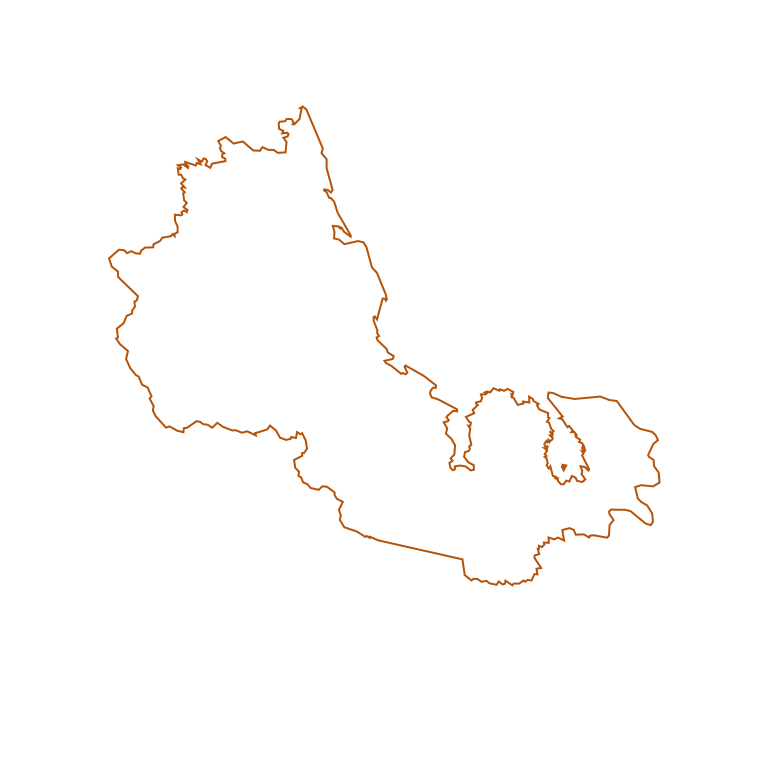 Buenaventura, Valle del Cauca, Colombia, rotated 128°
{"feature_id": "7082276B82326475607220", "entity_name": "Buenaventura", "entity_type": "district", "adm_level": 2, "iso_a3": "COL", "parent_name": "Colombia", "parent_adm1": "Valle del Cauca", "projection": "equal_earth", "projection_center": [-77.114, 3.671], "detail": "fine", "context": "isolated", "style": "outline", "palette": "amber", "viewbox_px": 768, "rotation_deg": 128, "n_neighbors": 0, "source": "geoboundaries", "source_scale": "gbopen_adm2", "svg_char_len": 6163}
<svg xmlns="http://www.w3.org/2000/svg" viewBox="0 0 768 768"><g transform="rotate(128 384 384)"><path d="M515.2,616.4L515.6,606.1L523.1,602.6L527.7,593.8L529.7,585.3L529.2,581.8L533.5,574.2L532.3,568.1L536.9,559.5L539.7,559.8L543.4,551.7L547.2,549.9L550.0,543.9L552.6,529.0L549.4,526.8L548.2,518.4L545.5,512.4L541.8,514.5L539.9,512.3L528.7,508.8L527.1,505.7L526.9,501.5L524.6,497.8L524.3,492.5L517.2,491.4L516.9,484.4L513.9,474.7L511.9,472.8L509.8,465.9L505.6,462.8L503.4,453.4L502.2,455.3L491.7,448.0L487.0,448.3L487.1,440.6L490.3,432.9L488.3,426.7L484.6,423.8L482.9,424.5L480.8,420.1L475.4,422.9L475.1,418.9L473.1,418.2L476.7,410.9L482.4,404.8L487.4,404.5L489.0,406.0L490.8,404.2L499.2,408.1L504.7,402.3L505.4,397.0L509.0,394.9L508.6,391.7L511.3,387.3L510.1,382.6L511.1,377.8L507.6,370.3L502.7,369.7L500.1,365.7L499.8,356.3L502.1,354.3L503.5,350.3L502.2,343.9L511.0,342.0L514.1,337.1L518.3,335.2L521.3,327.1L516.9,314.2L516.0,304.6L514.5,304.2L514.0,300.5L513.0,301.1L510.8,292.4L473.9,214.2L484.9,202.7L484.9,194.0L482.5,193.6L480.1,190.1L479.9,185.5L476.1,182.1L476.1,178.1L472.9,171.7L468.9,171.9L469.0,167.2L466.8,165.7L464.2,167.2L463.6,158.9L461.5,159.0L458.0,154.5L453.0,153.2L453.0,151.0L450.1,150.3L448.1,146.8L441.2,148.4L439.6,145.9L435.7,150.1L432.2,146.9L428.4,158.3L426.5,159.8L422.4,157.0L419.2,161.4L418.4,160.5L416.1,162.3L415.2,159.1L411.7,158.8L410.5,160.4L407.7,156.4L403.6,159.8L401.6,154.2L397.9,152.3L396.5,145.7L389.3,153.6L383.3,149.0L382.1,144.6L384.7,140.1L379.5,134.0L378.7,127.9L376.8,128.3L374.3,126.0L367.7,113.5L364.8,113.5L356.2,119.4L350.0,119.3L347.6,126.4L346.0,128.1L343.3,127.9L334.7,116.5L332.4,111.4L332.9,92.1L331.0,86.9L327.1,87.2L320.9,93.0L317.7,101.8L318.6,108.7L317.9,113.7L310.6,122.6L305.5,119.2L299.0,108.9L292.0,106.2L284.7,113.0L282.5,120.5L277.8,124.9L278.3,130.3L277.4,132.1L265.3,134.9L259.6,133.5L257.1,138.3L256.6,143.0L261.7,154.8L262.3,161.3L254.1,190.1L257.9,196.7L260.8,205.9L278.4,224.5L284.8,236.2L287.1,245.5L289.5,249.1L294.1,246.4L299.7,223.1L303.2,224.8L302.1,221.7L305.1,212.8L303.1,212.3L304.4,206.6L306.6,206.6L304.6,204.4L305.5,201.3L307.0,202.3L306.0,200.5L307.7,199.9L307.1,195.1L309.6,194.5L308.6,191.9L309.9,188.1L311.1,186.6L310.9,188.9L312.7,188.3L313.7,185.9L312.8,184.6L314.3,184.4L315.1,186.2L315.4,184.2L318.3,183.9L325.0,169.8L326.3,169.5L325.8,174.8L327.8,178.5L330.3,174.4L333.5,172.7L335.2,166.6L339.2,167.5L341.5,172.2L339.9,175.3L340.7,179.3L346.8,177.9L347.9,180.9L352.4,180.6L354.0,182.6L353.4,186.9L351.7,188.7L353.4,189.6L351.6,189.4L352.7,191.0L351.3,191.3L352.5,194.3L346.5,202.2L349.2,202.1L348.0,205.8L345.6,206.2L342.5,210.1L342.6,212.5L340.7,211.7L340.2,214.2L335.9,214.5L335.8,218.0L334.4,215.9L332.5,216.6L333.8,218.8L332.8,220.6L329.5,221.0L329.6,219.7L328.2,220.2L328.2,218.4L326.7,219.8L326.7,217.8L324.0,217.2L322.6,217.8L322.4,222.6L321.3,219.6L319.7,220.1L319.5,224.5L319.0,221.4L316.6,221.4L316.5,224.4L312.9,230.1L313.4,232.4L309.0,232.7L309.1,234.5L305.9,236.6L308.4,245.9L306.6,250.4L304.6,249.9L305.4,256.1L304.2,257.0L304.6,261.8L309.2,258.1L312.2,263.6L313.5,262.1L318.1,265.7L315.1,273.4L315.9,275.2L313.8,277.2L313.8,275.9L310.7,277.1L311.7,283.5L315.4,285.2L316.8,289.4L318.3,288.9L319.9,295.1L325.2,295.1L326.5,298.2L328.3,299.2L327.7,297.2L329.5,297.5L332.5,301.2L334.6,298.2L338.0,297.0L341.7,300.1L342.9,299.3L342.8,297.1L349.9,298.2L351.4,294.9L359.5,299.2L361.3,294.0L360.9,291.8L363.7,290.3L364.9,291.9L366.2,288.4L372.0,285.3L378.2,277.7L380.7,278.5L382.3,276.4L384.7,276.0L387.7,278.2L392.0,276.2L393.8,269.3L392.7,263.3L396.3,260.4L398.7,262.4L398.7,269.0L401.5,274.0L405.5,277.5L407.3,275.6L409.5,276.5L409.1,280.2L405.9,283.9L402.3,282.7L401.6,285.7L396.2,285.2L388.6,290.2L385.7,297.2L385.0,304.7L380.1,306.8L377.4,313.4L373.9,310.7L372.5,310.8L371.8,314.3L370.0,314.4L362.6,313.0L360.5,309.5L359.0,311.0L362.8,331.9L365.2,338.3L363.1,342.0L360.4,343.1L356.6,343.1L355.2,340.8L353.1,342.1L353.1,357.7L356.2,378.5L357.6,378.5L360.8,372.5L363.1,373.1L364.0,376.2L365.4,376.8L365.2,389.3L366.3,395.3L365.4,397.9L358.9,392.5L356.1,393.4L356.8,400.6L354.8,403.1L353.6,415.8L351.9,418.5L349.2,417.4L348.0,420.9L345.9,422.1L340.8,430.7L337.8,433.4L336.4,432.9L337.5,429.2L317.5,437.7L316.1,435.2L317.1,433.9L315.7,433.8L312.6,437.3L300.7,458.1L299.6,465.2L287.1,481.9L285.0,487.4L287.4,492.5L298.2,501.3L297.9,508.3L300.0,513.0L294.6,516.7L290.9,521.6L287.7,516.6L288.2,515.9L288.4,513.2L287.9,515.7L286.9,513.8L288.6,509.4L288.5,501.0L287.4,501.7L277.6,526.0L271.0,535.5L270.2,540.5L271.1,541.7L268.2,547.4L268.3,550.5L267.4,550.9L265.7,547.6L265.8,543.7L262.8,543.9L249.3,562.0L242.2,567.6L240.6,575.3L236.1,577.2L215.4,614.3L215.4,618.9L218.2,619.9L217.7,618.5L227.2,613.7L234.8,614.6L235.5,615.9L233.7,616.2L232.2,619.3L232.7,620.8L235.2,623.9L237.8,623.7L241.6,627.7L243.6,627.4L247.6,623.6L246.5,619.3L249.2,618.5L245.7,615.1L245.8,613.1L248.4,612.4L251.9,614.9L253.3,609.8L262.1,604.2L267.2,609.9L267.4,614.8L270.7,619.4L272.2,625.6L276.5,625.3L280.5,630.8L279.8,644.5L287.1,650.6L286.9,660.8L294.6,664.2L296.7,659.2L299.1,658.5L300.7,655.8L300.6,651.9L302.5,652.9L304.8,651.3L304.2,647.8L306.0,646.2L316.3,655.2L320.6,654.0L321.3,659.4L317.2,660.5L316.4,663.0L317.3,665.0L321.0,664.5L321.6,669.1L323.7,663.8L325.2,667.7L327.7,666.8L331.4,677.4L332.6,676.3L333.0,672.2L334.4,671.5L334.6,677.5L338.5,681.1L338.3,677.1L340.1,676.9L341.0,679.3L345.5,674.6L344.0,672.6L345.7,668.9L345.2,666.4L350.8,667.4L351.9,662.1L352.9,664.0L354.8,664.1L355.6,659.1L357.5,659.6L362.4,654.4L362.6,650.9L368.0,651.0L367.8,646.1L369.9,645.2L370.4,648.3L373.4,649.3L374.5,647.3L375.9,647.6L379.4,653.0L384.2,649.0L387.2,643.3L391.7,640.0L394.6,641.6L396.3,640.1L396.0,642.9L398.9,643.0L405.2,648.8L409.2,648.5L415.8,651.6L418.4,650.0L423.6,656.3L428.4,657.5L431.5,656.4L433.9,660.0L435.0,665.0L439.1,667.1L438.5,670.9L441.3,675.5L454.3,678.0L459.1,670.8L459.2,662.9L463.4,659.3L466.3,631.9L470.6,630.3L472.7,631.4L476.3,627.9L481.0,627.7L483.6,625.9L488.7,628.7L496.5,626.6L504.9,628.6L511.1,622.3L513.1,623.0L515.2,616.4ZM341.5,189.3L336.0,190.2L337.7,193.4L339.3,190.8L339.1,193.8L341.5,189.3Z" fill="none" stroke="#b45309" stroke-width="2"/></g></svg>